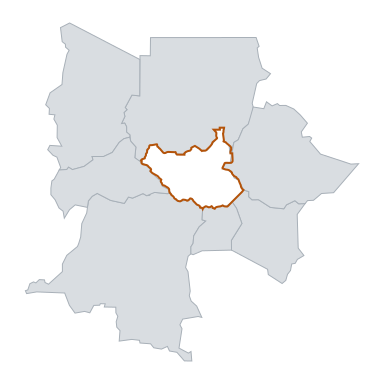 South Sudan shown with its bordering countries
{"feature_id": "SSD", "entity_name": "South Sudan", "entity_type": "country or territory", "adm_level": 0, "iso_a3": "SSD", "parent_name": "Africa", "parent_adm1": "", "projection": "albers", "projection_center": [30.346, 7.857], "detail": "fine", "context": "with_neighbors", "style": "outline", "palette": "amber", "viewbox_px": 384, "rotation_deg": 0, "n_neighbors": 7, "source": "natural_earth", "source_scale": "50m", "svg_char_len": 8133}
<svg xmlns="http://www.w3.org/2000/svg" viewBox="0 0 384 384"><path d="M188.0,271.7L190.2,291.1L189.3,295.8L191.2,301.1L196.7,306.1L201.8,317.4L198.1,316.5L182.7,319.1L179.9,324.8L182.0,328.7L179.0,348.1L188.4,353.1L191.0,351.5L191.8,361.0L184.4,360.9L176.9,352.3L169.5,351.0L167.4,346.4L161.5,349.1L153.8,347.8L150.6,343.8L140.0,343.0L139.5,340.3L131.8,339.4L119.2,341.1L120.0,330.6L116.8,327.2L116.2,321.7L117.8,316.3L115.9,312.8L115.8,307.2L104.3,307.0L105.2,303.8L100.3,303.7L99.7,305.2L93.8,305.4L89.8,312.8L84.6,311.4L75.0,313.1L69.4,305.3L64.7,293.0L36.7,291.9L26.6,293.6L25.4,290.7L27.8,289.9L29.9,283.7L33.5,281.9L35.9,282.9L39.3,279.6L44.5,279.9L45.0,282.5L48.5,284.2L62.4,271.6L62.4,264.1L66.8,255.3L77.5,246.5L78.7,243.5L80.7,237.0L81.8,223.6L86.7,213.0L88.4,200.9L92.2,196.3L97.2,193.4L110.6,200.4L124.3,203.4L128.4,197.1L132.6,198.1L143.0,193.6L146.7,195.7L149.7,195.4L151.1,193.2L154.6,192.4L167.5,193.7L170.5,192.8L176.1,200.5L180.3,201.6L192.2,198.7L194.4,202.7L202.6,208.9L202.1,219.8L205.8,221.0L199.2,226.8L193.7,235.9L193.1,243.3L190.9,246.8L190.9,253.8L188.1,256.3L185.6,267.5L188.0,271.7Z" fill="#d9dde1" stroke="#a8b0b8" stroke-width="1"/><path d="M282.1,283.5L268.3,274.6L267.6,269.3L231.5,250.1L231.4,240.3L241.9,223.5L236.5,208.3L232.1,201.9L243.9,190.1L248.8,191.6L248.8,196.8L252.0,199.8L258.5,199.7L270.4,207.4L283.8,208.8L286.5,204.8L294.9,200.7L298.7,203.8L305.1,203.6L297.2,214.4L298.2,248.1L303.9,255.5L297.4,259.4L295.2,263.3L291.7,264.0L290.5,270.5L287.5,274.3L285.8,280.4L282.1,283.5Z" fill="#d9dde1" stroke="#a8b0b8" stroke-width="1"/><path d="M144.9,164.6L138.0,160.4L134.8,157.7L135.9,147.1L130.7,141.2L129.9,134.9L126.6,132.1L126.6,126.7L124.7,123.1L121.5,123.6L124.9,116.4L124.0,112.5L127.0,109.7L125.2,107.5L131.9,95.1L139.7,95.9L140.0,55.6L150.3,55.8L150.5,37.6L256.1,37.5L259.1,46.3L257.2,48.0L258.6,57.3L262.1,68.2L270.5,73.7L266.1,79.0L259.5,80.6L256.7,83.5L252.2,103.3L253.2,107.0L251.9,114.9L248.3,124.1L242.9,128.8L238.2,139.8L233.9,142.4L231.2,152.2L231.4,160.6L231.3,153.3L230.0,153.1L229.0,145.3L224.2,141.6L223.1,134.9L224.1,128.1L219.9,127.5L219.3,129.5L213.8,130.0L216.0,132.7L216.8,138.3L207.3,150.2L202.6,151.2L194.9,145.7L191.4,147.6L190.5,150.4L185.7,152.1L185.4,154.0L176.3,154.0L175.0,152.1L168.4,151.7L165.1,153.3L162.6,152.4L156.4,144.4L149.8,145.6L144.7,158.2L138.7,160.8L144.9,164.6Z" fill="#d9dde1" stroke="#a8b0b8" stroke-width="1"/><path d="M139.8,59.5L139.7,95.9L131.9,95.1L125.2,107.5L127.0,109.7L124.0,112.5L124.9,116.4L121.5,123.6L124.7,123.1L126.6,126.7L126.6,132.1L129.9,134.9L129.7,137.2L123.9,138.7L119.2,142.4L112.3,152.4L103.6,156.5L92.1,156.5L93.0,159.8L84.1,166.4L72.4,169.6L68.6,167.2L66.8,169.5L59.2,170.0L60.7,167.5L56.9,157.1L53.0,155.3L47.7,149.7L49.9,145.4L61.8,146.2L57.1,137.6L57.3,125.2L53.9,119.1L54.9,114.8L49.1,114.3L49.4,108.4L45.7,104.8L50.1,92.8L62.0,84.5L62.9,72.6L67.0,54.2L69.1,50.3L65.5,47.1L65.4,44.2L62.2,41.7L60.5,27.6L69.6,23.0L139.8,59.5Z" fill="#d9dde1" stroke="#a8b0b8" stroke-width="1"/><path d="M170.5,192.8L167.5,193.7L154.6,192.4L146.7,195.7L143.0,193.6L132.6,198.1L128.4,197.1L124.3,203.4L110.6,200.4L97.2,193.4L92.2,196.3L88.4,200.9L87.4,207.4L75.2,204.9L69.5,209.7L64.3,218.2L63.1,211.2L59.0,208.0L55.1,199.8L50.9,194.7L50.9,188.0L51.9,180.9L54.2,179.2L59.2,170.0L66.8,169.5L68.6,167.2L72.4,169.6L84.1,166.4L93.0,159.8L92.1,156.5L103.6,156.5L112.3,152.4L119.2,142.4L123.9,138.7L129.7,137.2L130.7,141.2L135.9,147.1L134.8,157.7L149.9,168.4L149.9,171.4L159.9,180.4L162.2,186.1L169.1,189.8L170.5,192.8Z" fill="#d9dde1" stroke="#a8b0b8" stroke-width="1"/><path d="M358.6,163.7L333.6,192.7L321.5,193.5L313.5,200.3L307.5,200.6L305.1,203.6L298.7,203.8L294.9,200.7L286.5,204.8L283.8,208.8L270.4,207.4L258.5,199.7L252.0,199.8L248.8,196.8L248.8,191.6L243.9,190.1L238.4,180.0L234.1,177.9L232.5,174.1L227.8,169.6L222.1,169.0L225.2,163.7L230.1,163.4L233.9,142.4L238.2,139.8L242.9,128.8L248.3,124.1L253.2,107.0L263.8,108.7L266.5,101.8L272.1,105.9L277.4,103.6L279.6,105.5L285.8,105.4L293.8,109.0L300.3,115.0L307.4,123.2L301.3,131.9L302.3,137.2L309.6,136.5L311.7,138.1L309.8,141.5L320.5,154.1L350.9,164.1L358.6,163.7Z" fill="#d9dde1" stroke="#a8b0b8" stroke-width="1"/><path d="M231.5,250.1L202.1,250.8L193.1,254.7L190.9,253.8L190.9,246.8L193.1,243.3L193.7,235.9L199.2,226.8L205.8,221.0L202.1,219.8L202.6,208.9L206.4,206.4L212.4,208.4L219.8,206.2L226.4,206.2L232.1,201.9L236.5,208.3L241.9,223.5L231.4,240.3L231.5,250.1Z" fill="#d9dde1" stroke="#a8b0b8" stroke-width="1"/><path d="M231.8,202.1L229.6,204.4L228.0,206.0L227.8,206.2L227.3,206.5L225.8,206.5L224.2,206.3L222.7,205.4L221.2,206.1L220.3,206.4L219.7,206.5L218.4,206.6L216.6,207.0L215.7,207.5L215.3,208.0L214.9,208.7L214.7,208.8L214.4,208.7L213.9,208.4L212.9,208.0L212.4,207.0L212.0,206.5L211.6,206.2L210.0,207.1L209.2,207.3L208.6,207.3L207.5,206.8L206.2,206.3L205.6,206.3L204.6,206.9L203.5,207.7L202.9,208.6L202.7,209.1L202.5,208.7L202.3,208.3L201.9,207.8L201.4,207.6L200.9,207.7L200.3,207.8L200.1,207.6L200.0,206.9L199.8,206.3L199.6,205.9L198.8,205.4L196.7,204.5L195.1,202.7L194.2,201.8L193.6,201.3L192.8,199.9L191.9,198.9L190.7,198.4L189.9,198.6L189.1,199.7L187.7,200.7L187.0,200.7L186.1,200.2L185.0,199.8L183.0,199.6L182.2,200.1L181.2,200.8L180.2,201.3L179.7,201.3L179.2,201.2L178.6,201.1L178.1,201.0L177.0,200.3L176.5,199.8L176.1,199.3L175.5,199.0L174.8,198.7L174.3,198.3L174.1,197.7L173.7,197.0L173.2,196.4L171.6,195.2L171.1,194.6L170.8,193.9L170.1,193.2L169.4,192.2L169.2,190.8L169.2,189.7L169.1,189.2L168.8,188.6L168.4,188.2L167.9,187.7L166.6,186.9L165.2,186.1L164.6,185.6L163.4,185.4L162.6,184.9L162.0,183.8L161.8,183.0L161.2,182.3L160.9,181.9L160.8,181.3L161.3,179.6L160.6,179.0L159.5,178.2L158.7,177.4L158.3,176.6L156.9,175.6L154.0,174.0L152.3,173.0L151.4,172.1L150.5,171.3L150.5,170.9L151.0,170.1L151.1,169.4L150.7,168.6L148.9,167.1L147.5,165.5L146.4,165.0L143.9,164.5L143.1,164.3L142.4,164.0L141.6,163.2L141.4,162.4L141.8,161.0L141.5,160.6L141.1,160.5L141.2,160.2L141.7,159.5L142.5,159.1L144.7,158.4L144.8,158.2L144.8,157.3L145.0,156.9L145.8,155.7L145.9,155.3L145.9,154.3L146.0,153.8L146.2,153.4L146.8,152.9L147.0,152.5L147.1,151.7L147.1,150.2L147.4,149.6L148.8,148.2L149.1,147.6L149.2,147.1L149.2,146.5L149.3,145.9L149.7,145.4L150.1,145.2L151.1,145.1L151.7,145.2L156.4,144.3L157.0,144.4L157.2,145.0L157.2,145.9L157.3,146.3L157.5,146.7L158.3,147.1L158.8,147.8L159.0,148.1L159.8,148.6L163.3,152.7L164.2,153.1L165.2,153.0L167.1,152.1L168.1,151.9L174.7,152.2L175.5,152.1L176.5,154.2L177.0,154.6L184.3,154.7L184.2,154.1L184.2,153.5L185.1,152.6L185.5,152.2L186.8,151.5L187.9,151.1L190.1,150.6L190.8,149.8L191.3,149.2L191.3,147.8L191.6,147.6L192.1,147.3L194.5,146.1L194.9,145.9L199.2,148.6L201.7,150.8L201.8,150.9L201.9,151.0L202.1,150.9L202.4,150.7L202.5,150.7L203.5,150.7L205.5,150.6L206.1,150.3L210.1,146.4L211.1,145.1L211.3,144.9L211.9,144.0L212.5,142.4L212.6,142.2L216.9,138.5L217.0,138.3L217.1,138.0L216.4,136.8L216.3,136.2L216.2,135.2L216.4,133.7L216.3,132.7L216.2,132.4L213.8,129.7L219.9,129.7L219.9,129.3L219.9,129.2L219.7,128.9L219.7,128.5L219.7,128.4L219.7,128.2L219.7,127.9L219.7,127.7L224.1,127.7L224.0,128.5L223.5,130.3L223.5,131.4L223.4,132.6L223.3,133.0L223.2,133.1L223.0,133.3L223.0,133.5L223.9,140.4L223.9,140.6L223.6,141.2L223.5,141.3L223.6,141.5L225.6,142.2L225.7,142.3L225.8,142.3L226.6,143.2L230.5,146.5L231.1,147.6L231.1,147.8L231.2,148.0L231.1,148.9L231.1,149.1L231.2,149.3L231.2,149.5L230.6,150.9L230.4,151.8L230.4,152.5L230.4,152.9L230.5,153.2L230.5,153.3L232.3,153.3L232.3,153.7L232.4,155.6L232.5,157.2L232.6,159.9L232.6,160.6L232.5,161.5L232.3,161.8L231.9,162.3L231.2,162.8L229.7,162.9L228.4,162.9L227.5,162.8L226.2,162.8L225.1,162.9L224.6,163.3L224.0,164.7L223.1,166.6L222.6,167.5L222.5,167.9L222.6,168.2L223.3,168.6L224.6,169.2L226.1,169.6L227.3,169.7L228.1,169.9L228.7,170.0L230.9,171.5L231.6,172.2L232.0,172.8L232.0,173.5L232.4,174.1L233.6,175.5L234.4,176.2L236.3,177.2L237.0,178.3L237.7,178.8L238.4,179.4L238.7,180.2L239.6,182.7L240.2,184.0L240.7,185.1L241.0,186.8L241.4,187.6L241.9,188.5L242.7,189.4L243.5,190.0L242.0,191.9L240.1,193.8L237.9,196.0L235.5,198.4L233.6,200.3L231.8,202.1Z" fill="none" stroke="#b45309" stroke-width="2"/></svg>